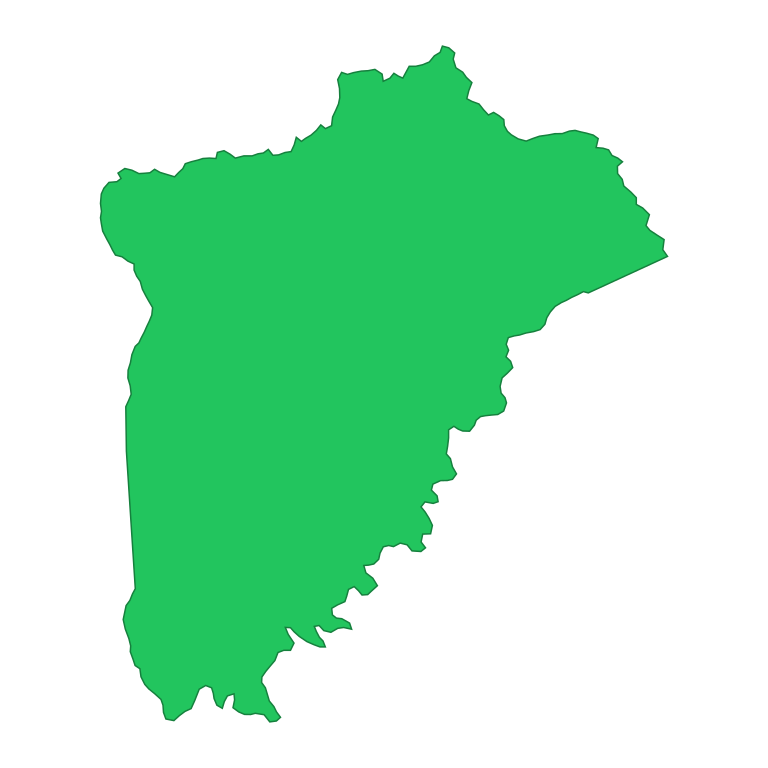 outline of Painel, Santa Catarina, Brazil
{"feature_id": "56859067B85496542343557", "entity_name": "Painel", "entity_type": "district", "adm_level": 2, "iso_a3": "BRA", "parent_name": "Brazil", "parent_adm1": "Santa Catarina", "projection": "orthographic", "projection_center": [-50.065, -27.98], "detail": "fine", "context": "isolated", "style": "filled", "palette": "green", "viewbox_px": 768, "rotation_deg": 0, "n_neighbors": 0, "source": "geoboundaries", "source_scale": "gbopen_adm2", "svg_char_len": 4048}
<svg xmlns="http://www.w3.org/2000/svg" viewBox="0 0 768 768"><path d="M341.6,72.4L337.7,79.6L339.5,88.5L339.8,97.6L338.5,104.0L335.9,110.0L332.6,117.0L331.6,125.7L325.4,128.6L320.8,124.9L316.5,130.3L311.1,135.1L305.5,138.4L301.4,141.4L296.3,137.3L294.2,144.9L291.1,151.6L285.0,152.5L278.6,154.9L272.9,155.3L268.3,149.4L263.4,153.0L258.0,153.8L252.1,155.9L243.8,155.9L235.3,158.1L230.1,154.2L224.0,150.7L217.4,152.4L216.0,158.5L209.4,158.1L202.9,158.5L198.3,160.0L191.4,161.7L185.3,163.7L182.8,168.7L178.7,172.5L174.6,176.8L166.6,174.4L160.0,172.4L154.6,169.3L149.9,172.8L143.8,173.3L138.9,173.6L131.9,170.2L124.8,168.5L118.0,173.1L121.1,178.5L116.9,181.7L109.0,182.4L103.9,188.2L101.3,194.0L100.5,203.5L101.5,211.4L100.5,217.8L101.3,223.3L102.7,231.1L106.8,239.1L109.9,244.7L112.6,250.2L115.5,255.1L122.1,256.8L128.0,261.2L134.1,264.0L134.1,270.1L136.7,276.2L140.3,281.5L142.4,289.2L145.7,295.6L148.5,300.6L152.6,307.6L151.8,315.1L149.3,321.2L146.8,326.4L144.3,332.1L141.2,338.0L138.9,342.9L135.2,346.4L131.9,354.7L130.4,362.9L128.1,370.2L127.9,378.0L130.2,385.8L131.2,394.3L128.7,400.4L125.8,406.7L126.4,451.1L135.3,588.7L132.5,593.9L129.9,600.4L126.1,605.6L124.8,611.9L123.2,619.5L125.3,629.0L128.9,638.6L130.7,645.9L130.3,651.7L133.0,659.1L135.1,665.5L139.9,668.7L141.0,676.8L144.8,684.4L148.9,689.0L154.6,693.6L161.0,699.4L163.0,705.2L163.5,712.4L165.9,719.0L173.9,720.6L179.4,715.6L185.0,711.4L191.1,708.6L194.7,700.6L199.2,689.2L205.7,685.5L211.6,687.8L213.3,693.3L214.1,698.6L216.9,705.2L222.3,708.3L224.3,701.6L227.4,695.9L234.0,693.8L234.6,699.9L233.0,707.7L238.7,711.9L244.5,714.4L250.6,714.5L255.3,713.3L264.1,714.7L269.8,721.9L276.4,721.0L280.5,717.3L276.5,711.9L273.9,706.6L269.3,701.0L267.5,694.9L265.4,687.8L261.6,682.5L261.9,677.0L265.7,671.5L269.3,667.1L274.9,660.5L278.0,652.5L283.8,650.3L290.5,650.3L294.0,643.1L288.2,634.4L285.3,627.4L290.5,627.7L294.1,631.8L299.2,636.4L306.9,641.6L314.2,644.8L319.9,646.9L325.3,646.9L323.0,641.0L319.4,637.3L316.3,631.4L314.3,626.4L319.1,625.5L323.8,630.6L330.9,632.3L337.8,628.3L343.7,627.5L351.6,629.2L349.6,623.1L341.8,618.7L336.4,618.1L332.4,614.9L331.7,608.3L337.7,604.8L344.9,601.6L346.7,596.2L348.5,589.4L354.2,586.6L358.5,590.7L362.0,595.0L367.7,594.6L371.3,591.2L377.4,585.7L372.8,578.2L365.9,572.9L363.8,565.5L368.7,565.1L373.8,564.0L378.7,559.3L380.0,553.2L383.3,546.8L388.7,545.5L393.5,546.6L400.2,543.1L407.1,544.8L412.0,550.9L420.9,551.5L425.5,547.8L421.1,542.0L422.7,534.1L430.6,533.8L432.4,525.4L429.1,518.4L425.2,512.1L421.0,506.9L425.0,501.9L433.2,503.4L438.1,501.7L437.1,495.9L431.4,490.1L432.9,484.1L440.6,480.6L447.3,480.5L452.5,479.3L456.5,473.9L452.5,466.9L450.4,458.6L446.3,453.9L447.6,446.4L448.6,437.9L448.6,429.8L453.9,426.3L458.3,429.2L462.7,431.0L469.6,431.2L474.4,425.2L476.2,420.2L480.5,416.6L485.4,415.7L490.8,415.1L497.8,414.5L503.7,411.0L506.5,402.9L505.0,397.7L501.1,393.1L500.1,386.4L502.1,377.9L507.5,373.0L512.7,367.6L510.6,361.3L506.0,356.8L508.6,350.2L506.2,344.3L508.3,337.6L514.2,335.9L519.6,335.0L526.0,333.0L533.7,331.6L540.1,329.6L544.9,324.3L546.8,317.7L550.2,312.1L555.1,306.4L561.3,302.6L566.4,300.3L571.6,297.4L577.7,294.6L583.4,291.6L588.3,292.9L667.5,256.4L662.8,249.7L664.1,239.6L656.4,234.7L649.8,230.3L646.0,225.6L649.4,214.7L642.7,208.0L636.3,204.4L636.3,197.7L630.9,192.1L623.8,186.0L622.2,179.3L617.6,173.6L617.4,166.2L622.5,161.8L617.8,158.1L612.0,155.5L608.6,149.9L603.0,148.2L596.1,147.6L598.2,138.6L593.3,135.1L586.6,133.2L580.7,131.9L575.1,130.4L569.4,131.1L562.3,133.6L554.9,133.7L548.1,135.0L539.5,136.2L532.8,138.5L526.2,141.1L518.2,138.9L511.3,134.8L507.4,131.3L504.3,125.7L503.8,119.6L499.0,115.7L493.6,112.4L488.4,115.0L483.6,109.8L479.0,104.0L471.9,101.4L466.8,98.7L468.8,90.6L471.9,82.6L466.3,77.3L462.7,72.2L455.9,67.8L453.2,59.1L454.7,53.0L448.8,47.8L442.4,46.1L440.1,52.4L434.4,55.8L429.3,62.0L422.4,64.8L415.7,66.3L409.2,66.3L402.8,78.1L398.3,76.1L393.9,73.3L389.9,78.2L383.2,81.3L382.1,74.1L374.9,69.4L368.1,70.7L361.4,71.1L353.6,72.6L347.5,74.4L341.6,72.4Z" fill="#22c55e" stroke="#15803d" stroke-width="1.5"/></svg>